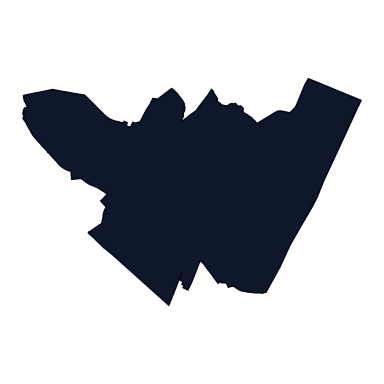 San José Chiapa, Puebla, Mexico
{"feature_id": "50627088B16531024966983", "entity_name": "San José Chiapa", "entity_type": "district", "adm_level": 2, "iso_a3": "MEX", "parent_name": "Mexico", "parent_adm1": "Puebla", "projection": "robinson", "projection_center": [-97.747, 19.248], "detail": "fine", "context": "isolated", "style": "filled", "palette": "ink", "viewbox_px": 384, "rotation_deg": 0, "n_neighbors": 0, "source": "geoboundaries", "source_scale": "gbopen_adm2", "svg_char_len": 5661}
<svg xmlns="http://www.w3.org/2000/svg" viewBox="0 0 384 384"><path d="M88.4,232.9L88.8,233.3L90.0,234.4L92.7,236.8L94.8,238.7L95.4,239.5L97.8,241.7L98.2,242.2L99.6,243.4L102.1,246.0L103.9,247.8L104.0,247.8L105.4,248.7L106.2,249.4L107.4,250.4L108.7,251.5L109.8,252.3L116.3,258.0L119.7,261.1L133.2,273.1L136.2,275.8L139.7,279.0L164.2,301.0L168.8,305.2L169.0,304.8L171.3,299.0L173.3,294.0L175.6,288.2L177.8,282.5L181.2,273.6L181.4,273.7L181.0,274.6L181.1,275.1L181.1,275.6L181.0,275.8L180.5,277.2L180.2,278.0L180.3,280.3L183.1,281.6L182.6,282.9L182.0,284.2L184.1,285.3L183.6,286.5L183.1,287.6L185.6,288.8L187.9,290.0L188.3,289.0L188.6,288.4L189.2,287.3L189.7,286.2L190.1,285.2L191.0,283.5L191.6,282.2L191.9,281.6L192.6,279.7L193.1,278.5L193.7,277.0L194.1,276.0L194.8,274.2L195.4,272.6L197.2,267.9L198.0,266.0L198.7,264.0L199.0,263.2L200.1,260.5L202.5,262.6L204.0,264.0L204.6,265.0L206.0,267.0L207.2,268.7L208.3,270.0L209.4,271.4L212.0,274.9L213.8,277.5L214.0,277.7L218.1,283.2L218.7,282.1L218.8,282.1L222.4,282.7L223.3,282.7L225.1,282.8L225.6,282.4L227.3,284.6L227.5,285.1L228.3,287.3L229.5,286.8L232.8,286.0L233.7,286.2L234.3,286.5L236.6,288.2L238.0,288.9L239.2,289.9L239.8,290.2L240.8,290.5L241.6,290.8L242.1,290.9L244.6,291.3L245.0,291.2L245.3,291.3L245.6,291.5L245.9,291.5L246.5,291.8L246.8,291.8L247.2,291.8L247.6,291.9L247.7,292.0L247.9,292.1L248.0,292.1L248.5,292.1L249.4,292.2L250.4,292.2L251.3,292.2L251.9,292.3L253.3,292.5L253.8,292.7L256.1,292.8L259.5,292.8L262.1,293.1L262.7,293.1L262.6,292.8L262.8,292.3L265.8,292.4L275.8,274.4L278.4,269.6L280.2,266.4L281.6,263.2L290.1,244.9L296.6,233.5L301.4,225.2L305.6,217.9L308.3,213.3L310.0,210.4L312.5,206.0L317.1,197.1L323.8,180.5L338.4,149.1L338.8,148.2L357.7,107.3L361.0,100.4L319.0,83.1L311.2,79.9L308.7,78.9L308.4,78.8L307.5,80.3L306.5,82.0L305.0,84.6L298.7,99.8L297.3,103.4L296.7,104.5L296.0,106.2L295.1,107.6L293.8,109.0L291.7,111.1L290.4,112.3L290.0,112.6L289.7,112.7L289.3,112.7L288.8,112.7L288.1,112.5L286.5,112.2L285.3,111.9L283.6,111.5L281.3,111.1L280.0,111.0L279.3,111.0L278.6,111.1L277.7,111.3L277.1,111.5L276.5,111.8L275.5,112.4L273.8,113.3L267.9,117.0L264.4,119.1L259.2,122.2L256.8,123.6L254.8,121.0L254.6,121.1L253.4,119.8L252.5,118.8L251.7,117.9L245.6,113.8L245.4,114.1L245.1,114.0L244.9,113.6L244.3,113.3L243.7,112.8L243.5,112.4L242.9,111.2L242.7,110.9L242.7,110.6L243.2,109.6L243.2,109.0L242.9,108.3L242.5,107.7L242.1,107.2L241.9,106.9L241.3,106.8L241.2,106.7L240.8,106.1L240.5,105.9L240.2,106.0L239.8,106.2L239.3,106.2L239.0,106.1L238.7,106.0L238.0,106.0L237.5,105.8L237.0,105.4L236.7,104.9L235.9,103.9L235.1,103.4L234.4,103.6L233.5,104.1L232.4,104.4L232.2,103.9L232.1,103.5L231.8,103.5L230.2,104.0L228.9,105.0L227.7,105.6L226.1,106.0L223.4,105.4L222.8,105.2L222.3,105.1L221.6,104.9L220.9,104.3L220.4,103.7L219.5,102.9L218.5,102.5L217.8,102.0L217.4,101.0L217.4,99.9L217.4,98.9L217.2,98.4L216.7,98.0L216.6,97.3L213.2,92.2L213.5,91.8L212.7,90.8L211.6,89.5L210.6,90.8L209.8,92.1L207.6,95.7L206.8,96.6L205.9,97.7L198.4,107.5L196.4,110.5L194.0,112.3L192.7,113.2L189.6,115.5L184.4,119.6L183.2,120.6L182.4,121.4L181.7,119.2L182.1,118.5L182.5,118.0L182.7,117.6L183.0,117.1L183.2,116.5L183.3,115.6L183.3,113.1L183.4,112.8L183.6,112.5L183.7,112.1L183.7,111.8L183.8,111.3L184.4,111.1L184.6,110.9L184.7,110.5L184.7,109.9L184.6,109.3L184.5,108.3L184.7,107.7L184.9,107.4L184.9,106.9L184.7,106.7L184.4,106.6L184.2,106.4L184.1,105.9L184.2,105.2L184.3,104.6L184.3,104.1L184.0,103.3L183.9,102.9L183.7,102.7L182.1,99.9L180.2,97.4L178.9,96.0L178.2,94.9L177.3,93.7L176.1,92.5L176.1,92.4L174.4,90.8L173.8,90.2L171.8,88.7L171.7,88.6L170.7,89.3L169.6,90.1L167.9,91.4L167.1,92.1L164.5,94.0L163.2,95.0L158.1,98.8L157.9,99.3L153.2,98.5L152.9,98.5L150.6,103.2L150.1,104.3L146.1,110.4L142.4,117.5L141.3,119.7L140.2,121.9L134.8,123.2L133.0,122.3L130.3,127.5L128.9,126.9L127.4,126.2L127.0,126.9L126.0,125.6L127.2,123.0L124.3,121.4L123.6,122.8L122.9,122.7L122.6,122.7L122.4,122.6L121.9,122.8L118.0,121.7L115.6,121.3L112.7,120.3L109.5,118.9L108.3,118.1L107.0,117.1L105.4,115.9L98.8,109.3L96.7,107.3L93.7,104.1L84.6,95.2L73.8,93.4L55.4,90.1L52.6,89.5L45.3,91.1L39.1,92.4L34.6,93.2L27.2,94.7L24.6,95.3L23.7,95.6L23.5,95.9L23.5,97.1L23.9,98.5L24.5,101.0L24.5,101.3L24.8,101.7L25.2,102.2L25.5,102.6L25.7,103.0L25.9,103.7L26.8,105.6L27.0,107.0L26.8,107.5L25.9,108.3L24.7,107.9L23.9,109.4L23.2,112.0L23.0,112.9L23.1,114.1L23.4,114.9L23.9,115.8L24.1,116.6L24.0,116.9L23.2,117.4L23.1,118.4L23.9,119.7L25.0,121.1L25.5,121.9L25.7,122.3L26.0,122.9L26.2,123.3L26.5,123.8L26.8,124.4L27.8,126.1L28.0,126.6L28.7,127.8L29.2,128.6L30.2,130.3L30.6,131.0L31.1,131.8L31.3,132.4L31.6,133.0L32.1,133.7L32.6,134.7L33.1,135.4L34.7,137.5L35.4,138.2L36.3,139.1L37.1,140.3L38.0,141.3L38.3,141.5L38.8,141.9L39.8,143.1L40.7,144.0L41.6,145.3L42.3,146.0L43.1,146.9L46.2,150.0L47.9,152.5L49.3,153.4L53.6,158.4L56.5,161.4L58.3,163.6L61.1,166.4L62.7,167.6L66.2,169.6L68.8,170.7L71.0,171.1L71.2,171.3L71.2,172.6L71.3,173.9L71.4,175.6L71.6,177.9L71.7,179.4L71.8,179.4L75.3,179.0L79.3,178.5L79.5,178.4L80.0,178.0L80.3,178.0L82.7,179.5L85.4,181.6L87.9,183.3L89.5,184.3L92.5,185.5L93.0,185.7L93.3,185.7L93.8,186.0L94.7,186.4L95.9,186.9L97.4,187.6L98.3,188.1L99.3,188.7L100.5,189.5L105.1,192.4L107.5,194.0L107.2,194.2L105.8,195.9L105.0,196.7L104.2,197.5L102.6,199.3L102.3,199.5L100.8,201.0L101.7,202.0L106.2,206.8L105.7,208.1L105.4,208.6L104.0,211.9L103.4,214.4L103.3,214.6L103.1,217.2L103.1,217.5L102.5,219.9L102.5,220.0L102.4,220.5L102.0,222.4L101.7,223.5L100.6,224.3L99.9,224.7L99.2,225.1L98.8,225.5L98.1,226.0L95.7,227.5L94.8,228.3L94.4,228.5L93.0,229.4L91.2,230.7L89.8,231.8L89.1,231.7L88.4,232.9Z" fill="#0f172a" stroke="#020617" stroke-width="1.5"/></svg>